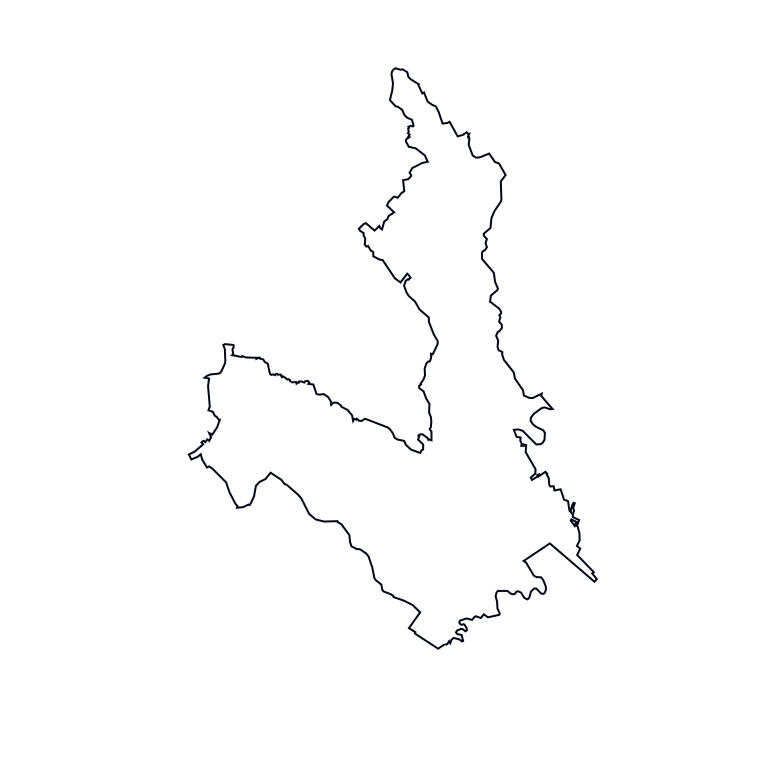 outline of DEJ, Cluj, Romania, rotated 62°
{"feature_id": "2599482B75770184766435", "entity_name": "DEJ", "entity_type": "district", "adm_level": 2, "iso_a3": "ROU", "parent_name": "Romania", "parent_adm1": "Cluj", "projection": "robinson", "projection_center": [23.804, 47.127], "detail": "fine", "context": "isolated", "style": "outline", "palette": "ink", "viewbox_px": 768, "rotation_deg": 62, "n_neighbors": 0, "source": "geoboundaries", "source_scale": "gbopen_adm2", "svg_char_len": 6165}
<svg xmlns="http://www.w3.org/2000/svg" viewBox="0 0 768 768"><g transform="rotate(62 384 384)"><path d="M360.2,589.5L360.8,582.5L360.0,578.8L365.4,580.0L374.6,579.5L374.7,577.1L378.0,575.3L396.7,569.6L407.3,571.3L420.1,571.4L423.0,570.7L424.3,571.9L426.6,566.1L426.8,560.3L427.7,559.8L427.6,558.8L422.3,551.6L413.8,544.9L412.0,539.8L412.3,533.3L409.1,525.8L420.4,519.6L425.3,518.8L427.8,517.0L441.8,511.7L446.5,510.7L463.6,511.1L471.5,507.9L477.3,501.5L483.3,489.4L484.3,489.7L487.7,487.5L501.2,485.5L507.4,488.1L512.0,488.9L517.0,485.5L518.5,482.9L525.2,479.3L529.1,478.6L540.1,480.4L550.9,483.6L553.5,483.3L559.9,480.5L564.6,482.1L566.9,481.8L572.8,476.7L575.4,475.3L576.6,475.6L584.7,468.1L592.6,462.5L602.6,459.3L611.3,476.6L617.9,472.8L618.9,473.8L643.1,460.5L642.4,453.3L643.4,450.3L641.7,447.3L643.9,447.2L641.5,444.5L640.9,441.7L644.7,437.5L648.1,435.8L648.1,434.8L642.0,433.3L639.3,436.7L637.2,437.1L636.0,435.5L636.3,431.4L637.2,429.7L640.6,428.2L640.4,426.5L638.2,425.6L634.3,425.9L633.5,426.4L633.0,428.7L631.5,429.5L629.7,429.4L628.6,428.2L629.7,421.3L633.6,417.0L632.1,413.3L632.2,411.9L636.1,408.4L634.2,404.0L638.8,401.8L641.9,390.6L641.0,389.5L635.4,389.2L629.2,386.3L623.9,385.1L621.0,382.6L620.2,380.6L624.6,372.2L628.7,370.4L630.3,368.8L630.7,366.9L629.5,364.4L630.1,362.7L632.6,360.9L638.8,360.5L641.5,358.4L641.0,356.2L636.2,351.6L635.1,347.5L636.0,345.6L642.8,343.6L644.1,341.9L644.0,340.4L642.0,337.9L639.2,336.3L631.6,335.4L628.3,336.2L626.1,340.0L623.4,341.7L608.3,342.4L605.8,343.8L602.6,312.4L657.4,291.0L656.2,287.7L649.0,289.1L648.7,287.1L625.6,293.7L621.5,288.0L617.5,289.7L614.1,284.8L607.5,281.5L600.8,279.9L599.8,280.4L597.9,278.1L596.2,279.2L598.9,282.2L592.3,283.2L591.5,282.2L597.7,277.7L595.7,275.6L590.2,279.7L587.3,278.2L585.4,275.8L582.0,275.0L578.8,271.5L577.9,272.4L579.2,274.5L582.9,278.1L585.1,279.2L582.9,279.7L573.8,276.5L570.7,279.3L559.9,277.5L558.0,283.5L553.9,282.2L552.5,285.3L550.6,285.4L544.3,282.7L539.9,282.8L539.7,282.1L537.3,282.7L538.1,290.4L536.5,289.7L536.4,291.5L537.7,291.5L538.2,298.3L535.5,298.2L534.1,292.4L530.4,290.2L510.7,290.9L504.6,287.1L503.0,288.9L504.3,289.5L503.0,291.8L501.6,290.5L498.1,290.3L495.4,288.5L493.0,291.7L485.4,290.9L487.3,286.5L490.5,283.5L508.9,277.9L510.6,274.1L510.4,271.4L508.6,268.5L502.8,264.9L499.7,265.1L493.2,269.8L489.2,271.5L485.3,271.8L482.7,270.1L480.7,265.8L479.3,256.1L480.0,253.3L484.3,249.1L485.3,246.9L468.2,250.8L466.6,249.3L466.2,259.4L464.3,262.4L459.8,265.9L454.9,264.2L440.7,265.8L434.7,264.0L418.8,266.8L413.3,265.8L411.4,264.5L407.9,267.0L404.1,266.1L399.3,262.8L394.1,262.4L391.5,259.2L391.5,257.2L389.9,253.6L387.1,252.2L382.9,253.0L379.9,250.1L377.4,249.9L376.8,247.8L375.4,246.7L371.6,246.9L361.1,251.7L356.1,248.1L354.3,239.8L353.2,238.6L346.0,238.0L337.4,234.8L319.7,238.7L314.9,236.3L313.2,234.9L313.2,231.9L311.5,228.9L307.3,228.2L304.3,225.1L299.9,226.2L298.2,225.5L296.2,216.7L287.9,211.2L283.0,205.0L278.0,195.5L276.0,193.6L260.0,185.8L256.6,178.5L243.3,178.9L240.1,181.8L229.9,183.0L228.9,192.7L227.5,196.3L223.9,198.4L212.7,197.0L207.2,193.3L206.1,194.0L205.6,193.1L204.8,193.5L203.1,191.3L202.8,192.4L200.5,192.8L201.1,197.5L199.9,202.7L183.3,203.0L183.3,205.4L181.5,210.0L169.2,208.0L163.3,207.9L160.0,210.5L155.1,212.9L145.4,211.8L145.4,213.8L135.8,213.2L135.6,212.6L127.6,217.3L124.1,218.3L119.6,217.1L115.0,219.8L114.2,222.0L110.6,225.7L111.0,228.7L112.2,230.5L114.3,232.1L122.6,234.8L129.0,239.1L136.1,245.5L144.2,243.4L145.9,241.5L150.6,239.2L156.0,239.7L159.7,238.6L163.8,235.3L169.9,236.6L170.2,237.3L168.4,239.9L168.4,241.7L169.5,241.6L170.0,242.9L172.5,243.5L173.9,245.1L175.7,244.2L177.4,246.9L178.0,246.1L178.4,249.6L180.1,250.8L186.2,250.7L190.9,245.3L201.4,240.6L208.3,241.1L206.8,246.4L206.6,257.6L209.4,262.2L212.5,262.0L213.4,263.0L214.5,266.5L213.0,271.5L223.2,275.5L223.7,279.3L226.0,284.3L223.2,287.4L225.5,294.5L227.8,297.6L237.2,294.5L237.8,301.0L240.1,303.6L240.6,307.5L246.6,313.2L244.8,314.1L242.3,314.0L244.1,320.3L233.6,324.4L233.2,326.7L235.3,334.1L235.3,333.1L237.3,333.3L241.3,331.1L242.8,332.1L247.2,332.5L251.9,335.6L254.4,335.0L254.6,333.3L259.9,333.0L262.4,331.5L266.3,333.5L271.9,329.6L274.0,327.0L295.8,324.8L302.1,321.8L297.5,311.7L300.2,310.9L302.7,310.7L303.0,313.0L304.1,312.6L302.7,313.8L303.1,316.4L306.6,320.1L313.6,321.1L317.8,320.8L325.9,317.9L335.1,317.6L346.2,313.2L350.3,315.2L363.9,316.8L371.3,316.4L374.1,318.1L380.7,327.1L379.4,328.3L382.7,329.9L385.2,332.4L385.5,333.3L384.9,334.5L385.8,337.0L389.4,340.8L395.7,343.8L398.4,346.8L401.1,351.7L401.8,351.6L402.2,354.0L404.3,354.8L409.1,352.5L416.6,353.6L422.9,353.2L430.4,357.6L435.6,358.2L439.8,360.1L444.1,362.9L445.3,364.9L448.2,364.4L456.0,368.5L454.1,370.2L454.2,371.0L452.1,370.9L446.7,373.5L445.6,375.1L445.5,377.4L445.8,378.0L446.9,377.6L449.1,380.0L455.8,377.8L460.2,380.2L460.2,382.1L461.9,384.4L454.7,390.9L448.1,393.2L443.7,392.9L439.4,398.1L436.5,399.9L432.0,399.3L426.7,400.0L424.0,401.2L405.8,417.0L406.1,421.1L404.8,423.2L401.9,424.4L402.4,425.2L400.9,426.7L402.1,428.6L396.8,426.9L389.9,428.3L384.0,432.3L382.6,432.2L378.8,434.0L376.8,437.0L377.6,440.4L374.4,439.1L369.3,439.4L364.6,442.0L363.0,446.2L361.1,448.3L351.3,446.6L348.4,450.7L347.6,449.2L345.4,449.8L344.6,452.6L345.3,453.7L343.0,455.7L341.9,458.0L342.8,458.7L342.2,459.7L342.6,461.1L340.9,460.8L339.5,464.2L337.4,465.6L336.3,465.2L334.9,466.0L334.8,467.1L330.3,469.2L330.1,470.4L329.3,470.4L329.6,471.0L327.1,470.9L325.9,473.4L324.9,473.6L324.5,475.5L325.1,475.9L323.4,477.6L322.9,479.4L321.5,479.9L311.4,477.1L308.6,478.9L305.7,479.1L303.4,481.5L302.3,481.4L301.9,484.3L301.4,483.6L295.7,493.5L292.8,496.0L293.3,497.1L287.2,504.5L286.8,503.0L282.4,501.6L280.7,499.3L278.9,498.6L274.2,505.5L274.1,507.6L278.6,508.2L289.4,513.4L291.5,515.1L296.3,521.4L297.3,523.3L297.1,525.5L294.2,532.4L293.7,536.1L294.2,539.4L297.1,535.9L303.2,540.3L322.1,548.4L324.8,551.3L328.3,548.1L332.7,548.3L334.3,547.2L338.0,546.7L338.5,545.7L343.9,551.7L348.1,559.5L345.2,561.4L349.8,561.7L352.2,565.0L349.9,566.0L351.5,569.1L349.5,569.8L349.5,570.9L349.9,572.6L352.3,572.0L352.5,572.8L354.8,582.8L354.6,589.4L360.2,589.5Z" fill="none" stroke="#020617" stroke-width="2"/></g></svg>